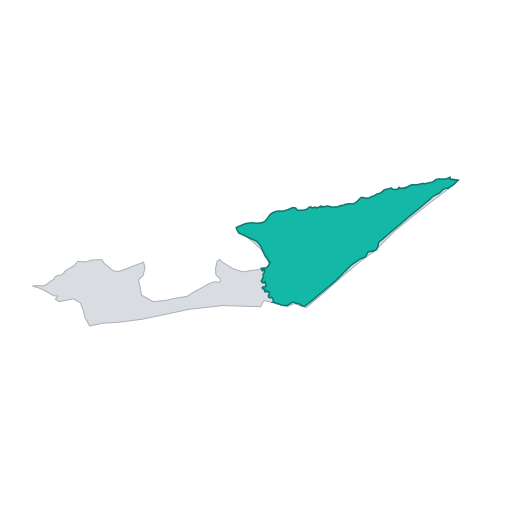 Be'er Sheva, HaDarom, Israel (highlighted), rotated 246°
{"feature_id": "584046B9730835639199", "entity_name": "Be'er Sheva", "entity_type": "district", "adm_level": 2, "iso_a3": "ISR", "parent_name": "Israel", "parent_adm1": "HaDarom", "projection": "equal_earth", "projection_center": [34.955, 30.496], "detail": "fine", "context": "in_parent", "style": "filled", "palette": "teal", "viewbox_px": 512, "rotation_deg": 246, "n_neighbors": 0, "source": "geoboundaries", "source_scale": "gbopen_adm2", "svg_char_len": 7394}
<svg xmlns="http://www.w3.org/2000/svg" viewBox="0 0 512 512"><g transform="rotate(246 256 256)"><path d="M319.5,39.5L317.5,45.3L315.6,48.4L315.0,53.0L316.3,56.8L317.0,62.0L318.5,63.5L319.0,66.9L317.7,70.2L318.3,72.9L320.0,75.5L321.2,85.9L323.6,90.8L319.8,98.2L319.1,104.3L315.4,113.6L311.1,114.3L301.0,119.4L299.6,120.9L297.8,123.9L297.5,126.2L296.1,150.7L290.6,150.0L283.9,144.7L282.6,140.0L280.5,138.4L275.8,137.8L266.7,135.5L256.1,143.6L251.7,157.0L250.8,163.2L247.2,176.3L248.4,184.4L249.1,194.9L250.0,203.5L249.0,208.6L247.0,211.4L247.6,213.4L249.4,214.1L255.2,211.7L261.3,214.1L267.1,218.5L267.6,221.4L263.5,223.1L253.7,229.8L246.8,237.6L245.0,244.8L240.3,260.2L240.9,263.4L243.2,265.2L259.2,263.6L273.7,257.4L284.6,250.7L288.0,251.1L285.8,268.1L283.9,278.5L284.7,280.3L287.1,289.3L282.5,305.9L277.3,319.3L275.5,325.7L270.4,339.9L265.3,356.5L262.5,367.9L263.1,371.9L261.9,392.8L262.6,398.8L256.5,416.9L255.3,425.9L252.8,438.1L248.6,463.9L242.9,472.5L240.0,462.9L233.5,435.3L228.8,416.5L222.5,393.3L211.8,365.1L210.8,358.3L208.5,348.5L201.2,322.9L195.2,304.5L188.4,281.0L197.0,271.6L197.1,264.0L211.6,246.0L211.5,244.3L207.7,239.5L208.2,238.7L224.3,205.4L234.7,172.5L244.4,126.8L251.3,103.6L257.1,88.3L259.7,75.6L269.1,74.7L276.1,76.0L284.5,76.5L291.2,71.7L294.4,57.4L298.2,55.2L300.1,58.5L302.1,54.8L310.9,48.5L315.2,44.5L319.5,39.5Z" fill="#d9dde1" stroke="#a8b0b8" stroke-width="1"/><path d="M242.6,255.7L241.6,256.0L241.0,255.9L240.6,255.6L240.0,255.6L239.8,255.8L239.8,256.1L240.0,257.1L240.4,257.6L240.4,258.3L239.5,258.3L238.6,257.5L238.1,257.5L237.9,257.1L237.5,256.8L237.0,256.1L236.9,255.7L236.7,255.6L236.6,255.2L236.0,254.9L235.6,254.6L234.8,254.5L234.4,254.2L233.8,254.0L233.5,253.7L232.9,253.4L232.6,252.7L231.7,251.7L231.4,250.8L229.4,250.8L229.1,251.0L228.6,251.6L228.5,252.2L229.0,253.0L229.1,253.5L229.0,253.9L228.9,254.1L228.7,254.1L228.3,253.3L227.9,253.2L227.4,253.2L227.2,253.6L226.5,253.7L226.0,253.6L225.3,252.9L225.1,252.9L224.8,253.2L224.6,253.2L224.4,253.1L224.3,252.7L224.3,251.8L224.4,250.6L224.8,250.3L224.8,249.1L224.7,248.9L224.5,248.7L223.8,248.7L223.2,248.9L223.0,249.3L222.7,249.4L222.5,249.8L221.8,250.0L221.7,250.7L221.3,250.7L221.1,250.3L220.2,249.6L219.9,249.4L219.7,249.6L219.5,250.2L219.2,250.3L219.3,251.2L219.3,252.0L219.1,252.5L218.5,252.3L218.2,252.3L218.1,253.2L217.8,253.3L217.3,252.9L216.6,253.1L215.4,252.7L215.2,252.5L215.2,251.6L215.0,251.2L214.3,251.2L213.8,250.8L213.4,250.7L212.5,251.3L212.4,251.6L212.2,251.7L212.0,251.9L212.1,253.2L211.2,253.9L210.7,253.6L210.3,253.7L210.0,254.0L209.7,254.0L209.5,253.8L209.2,253.7L208.6,254.0L207.5,253.5L207.1,252.4L206.9,252.8L205.8,254.1L205.4,254.8L203.9,255.8L203.5,256.8L203.2,257.1L202.7,257.5L201.9,258.3L201.4,258.6L201.2,259.0L200.2,260.3L199.9,260.5L199.8,261.1L199.0,262.4L198.9,262.8L198.5,263.2L198.2,264.2L198.3,265.9L198.6,266.8L198.5,268.0L198.9,268.6L198.9,269.9L198.9,270.5L198.5,271.2L198.4,271.8L198.2,272.1L196.9,272.8L196.7,273.1L196.1,273.8L195.8,274.6L195.2,275.2L194.7,276.0L194.1,276.4L193.3,276.6L193.0,277.0L192.7,277.0L192.4,277.4L191.9,277.6L191.4,278.4L190.8,279.0L190.3,279.8L190.6,281.5L191.3,284.1L192.0,287.4L200.9,318.5L202.6,323.2L203.2,324.4L204.2,327.2L205.4,329.7L205.8,331.4L207.5,335.4L208.1,337.3L208.8,338.7L209.6,342.8L209.8,344.2L210.1,345.1L210.2,346.7L210.7,348.7L210.9,349.1L210.6,355.4L210.8,355.9L212.2,357.5L212.4,358.0L213.1,358.6L213.4,359.1L213.9,359.6L214.0,359.8L214.0,360.8L213.9,361.1L213.7,361.4L213.6,362.0L213.7,362.7L213.5,363.2L213.2,363.4L213.1,364.4L212.7,365.1L212.7,368.4L213.1,369.0L213.2,369.4L214.1,370.0L214.7,371.0L215.3,371.3L216.1,372.0L216.7,372.2L217.5,372.9L217.8,373.0L218.3,373.5L218.6,374.1L218.8,374.7L219.2,375.3L219.6,377.6L223.0,388.6L226.0,399.5L229.9,412.3L233.2,424.6L236.1,434.4L236.3,435.7L237.5,439.1L237.8,439.7L238.0,440.4L238.3,441.0L238.7,444.7L238.7,446.8L238.9,449.0L239.8,451.7L240.3,452.7L240.7,454.0L240.6,457.4L240.2,458.0L239.7,459.2L240.3,461.2L240.4,462.6L240.9,465.7L241.2,466.7L241.9,468.1L243.0,471.0L243.1,470.8L243.7,470.6L245.0,468.4L245.1,467.6L246.2,466.0L246.6,465.1L247.1,464.5L249.0,465.3L249.0,461.7L249.2,460.6L249.5,460.2L249.7,459.4L249.9,459.1L250.4,457.8L250.6,457.1L251.2,456.0L251.3,455.5L251.8,455.1L252.0,454.6L252.4,452.8L252.6,451.2L252.5,450.6L252.3,450.0L252.1,448.8L251.8,448.2L251.8,447.2L252.2,445.1L252.5,444.0L252.6,442.9L252.9,442.1L253.1,440.3L253.3,440.2L253.4,439.5L253.5,439.1L253.8,438.9L254.1,438.4L254.3,438.3L254.5,437.7L254.8,436.1L255.1,435.4L254.9,434.5L255.2,433.6L255.3,433.2L255.5,433.1L255.6,432.2L255.9,431.6L256.1,430.9L256.3,430.7L256.4,429.9L257.1,428.9L257.2,428.6L257.2,428.1L257.7,427.7L257.8,427.4L257.8,426.8L257.7,425.9L257.8,423.4L257.7,423.1L257.4,422.9L257.2,422.7L257.3,422.1L257.8,421.4L257.9,420.9L257.8,420.4L257.2,420.1L257.2,419.6L257.4,419.3L257.6,419.2L257.8,418.7L258.2,418.6L258.4,418.3L258.4,418.0L258.2,417.6L258.2,417.3L259.1,415.5L259.8,415.1L260.3,415.0L260.5,414.7L260.5,414.3L260.2,413.8L260.0,413.7L259.8,413.4L259.4,413.3L259.3,412.9L259.3,412.5L260.4,409.8L260.5,409.7L260.7,409.2L261.6,407.8L261.8,407.7L263.0,407.5L263.1,406.5L263.4,405.2L263.2,404.9L263.7,403.9L263.8,402.3L264.3,400.9L264.1,400.4L264.2,399.7L263.9,399.1L263.5,398.7L263.4,398.6L263.7,398.2L263.6,397.3L263.4,397.2L263.2,396.8L262.9,396.6L262.8,396.1L263.4,391.7L263.4,391.4L263.2,390.7L263.2,390.0L263.2,389.2L262.9,388.1L262.9,387.4L263.0,387.2L263.3,385.8L263.0,383.1L263.2,382.6L263.2,381.9L263.3,381.6L263.6,381.3L263.7,380.7L265.5,378.2L266.6,376.4L266.7,376.1L266.4,374.9L264.5,370.0L264.4,368.5L264.1,367.9L264.1,366.1L264.7,365.0L264.9,364.3L265.3,363.7L265.7,362.6L265.8,362.3L266.1,361.9L266.2,361.0L266.8,359.4L266.9,356.0L267.0,355.2L267.4,354.9L267.7,353.9L267.7,350.7L268.0,349.7L269.0,347.5L269.1,346.3L269.6,345.5L270.6,344.2L270.9,343.6L271.1,343.7L271.3,343.2L271.5,343.1L271.7,342.8L272.0,342.6L272.4,342.1L272.9,340.7L272.7,340.1L273.2,339.3L273.1,338.8L273.4,338.2L273.5,338.1L273.7,337.1L273.8,336.8L274.0,336.7L274.1,336.4L274.2,336.2L274.8,336.3L275.1,336.1L275.2,335.0L274.5,334.7L274.6,334.4L274.9,334.0L274.9,333.7L275.2,333.1L275.3,330.5L275.7,330.5L275.9,330.2L276.4,330.1L276.7,329.5L276.8,329.2L276.9,327.2L277.0,327.0L277.5,326.7L277.7,326.3L278.5,326.2L279.0,324.2L278.6,323.5L278.1,321.6L278.3,318.7L278.7,317.9L278.8,317.2L279.0,317.1L279.2,316.3L279.5,315.8L279.8,314.7L280.5,313.3L281.3,312.4L281.7,312.0L283.4,311.9L283.8,311.4L284.2,311.1L285.2,309.4L285.4,307.6L285.3,303.8L285.4,303.1L285.7,301.4L285.8,299.7L286.0,298.9L287.4,296.0L287.9,294.9L288.2,294.0L288.6,292.2L288.8,290.2L288.7,288.7L288.3,286.2L287.9,285.3L285.5,281.4L284.6,279.4L284.3,279.0L283.8,277.0L283.8,276.1L284.2,273.8L285.4,270.4L287.4,266.8L287.9,266.1L288.8,263.6L289.3,261.8L289.8,259.5L290.0,257.3L290.0,252.6L290.1,249.8L290.0,249.5L289.2,249.3L285.0,249.5L284.5,249.4L284.1,249.5L278.1,254.9L274.1,258.1L272.5,259.7L269.6,262.2L268.4,262.9L266.4,263.4L265.2,263.9L264.2,263.9L263.3,264.3L252.1,264.4L251.5,264.7L250.7,264.7L249.9,265.1L248.7,265.3L247.7,265.6L246.6,265.5L245.8,265.9L245.4,265.7L245.2,266.1L244.9,266.3L244.7,266.3L243.5,265.3L243.4,264.9L243.0,264.4L242.6,264.2L242.2,263.7L242.1,263.4L241.9,263.3L241.8,263.1L241.7,262.1L241.3,261.7L241.0,261.0L241.3,259.3L241.4,259.0L241.6,258.9L241.7,258.1L242.0,257.8L242.1,257.4L242.4,256.8L242.6,255.7Z" fill="#14b8a6" stroke="#0f766e" stroke-width="1.5"/></g></svg>